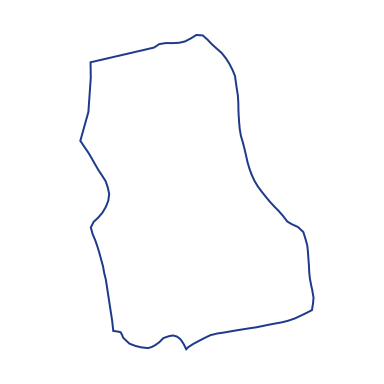 Habban, Shabwah, Yemen (orthographic projection), rotated 351°
{"feature_id": "15242507B21238216413190", "entity_name": "Habban", "entity_type": "district", "adm_level": 2, "iso_a3": "YEM", "parent_name": "Yemen", "parent_adm1": "Shabwah", "projection": "orthographic", "projection_center": [47.137, 14.306], "detail": "fine", "context": "isolated", "style": "outline", "palette": "blue", "viewbox_px": 384, "rotation_deg": 351, "n_neighbors": 0, "source": "geoboundaries", "source_scale": "gbopen_adm2", "svg_char_len": 1682}
<svg xmlns="http://www.w3.org/2000/svg" viewBox="0 0 384 384"><g transform="rotate(351 192 192)"><path d="M161.7,346.4L164.1,344.6L169.9,342.1L176.0,340.0L182.1,338.0L188.1,336.2L190.3,336.1L195.0,335.7L201.7,335.8L208.0,335.7L214.4,335.6L220.6,335.6L227.6,335.6L234.3,335.7L240.9,335.4L247.1,335.1L253.9,334.9L260.3,334.8L266.8,334.2L273.7,333.0L280.4,331.1L286.6,329.2L292.0,327.4L294.0,321.3L295.5,315.5L295.4,307.4L295.1,302.4L294.9,296.0L295.2,289.6L296.0,282.9L296.5,276.5L297.1,269.6L297.5,263.2L296.8,256.5L295.7,249.0L291.1,243.1L285.8,239.6L281.5,236.1L278.3,230.1L274.8,224.5L271.0,219.2L267.4,213.8L264.2,208.4L260.8,202.4L257.8,196.6L255.4,190.6L253.6,184.1L252.3,177.4L251.5,171.1L251.1,164.8L250.6,157.6L250.0,151.1L249.1,144.2L249.0,137.4L249.4,131.1L250.0,124.4L250.7,118.1L251.7,111.2L252.4,103.6L252.4,96.8L252.5,90.5L252.6,84.0L251.1,77.8L249.0,71.3L246.4,65.3L243.1,59.4L238.8,54.2L234.8,49.2L231.2,44.0L227.1,39.0L220.9,37.6L214.9,40.1L208.7,42.2L202.5,42.6L196.0,41.9L189.4,40.8L182.8,40.8L177.1,43.4L112.1,48.0L109.9,63.3L102.2,96.7L89.7,124.0L90.3,125.2L93.0,131.1L95.8,137.0L98.2,143.0L100.6,149.5L103.1,155.9L105.9,162.0L108.4,167.8L109.5,174.1L109.9,180.9L108.0,187.4L104.6,193.2L100.3,198.4L95.4,202.6L90.1,206.2L86.5,211.3L87.3,218.2L88.9,224.6L90.1,231.4L91.0,238.0L91.7,244.5L92.5,251.7L92.6,258.2L93.2,264.9L93.0,306.8L92.8,311.2L92.5,316.9L94.5,317.5L97.1,318.3L99.5,319.3L100.6,322.2L101.1,324.9L102.7,327.1L106.5,332.0L112.1,335.2L117.6,337.5L124.1,339.3L127.9,338.8L131.7,337.5L136.3,335.2L140.9,331.8L146.7,330.8L150.7,330.7L154.5,332.4L157.2,335.2L158.6,337.7L160.1,341.2L161.7,346.4Z" fill="none" stroke="#1e3a8a" stroke-width="2"/></g></svg>